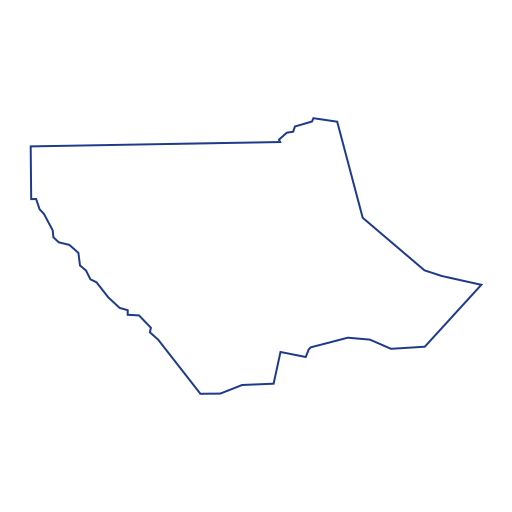 the district of Lycoming, Pennsylvania, United States of America
{"feature_id": "52423323B77713055923502", "entity_name": "Lycoming", "entity_type": "district", "adm_level": 2, "iso_a3": "USA", "parent_name": "United States of America", "parent_adm1": "Pennsylvania", "projection": "orthographic", "projection_center": [-77.127, 41.333], "detail": "fine", "context": "isolated", "style": "outline", "palette": "blue", "viewbox_px": 512, "rotation_deg": 0, "n_neighbors": 0, "source": "geoboundaries", "source_scale": "gbopen_adm2", "svg_char_len": 759}
<svg xmlns="http://www.w3.org/2000/svg" viewBox="0 0 512 512"><path d="M31.0,179.6L31.2,199.1L36.1,199.0L39.6,209.3L44.0,214.0L52.7,230.4L53.4,237.3L58.7,242.3L69.4,244.9L78.4,252.9L80.0,265.5L86.0,270.5L90.4,279.3L96.5,282.3L108.4,297.5L119.6,307.9L127.7,310.2L127.7,314.8L139.0,315.4L150.9,327.8L149.9,332.3L158.1,339.6L200.4,393.8L208.3,393.7L220.2,393.6L242.1,385.0L273.6,383.7L280.5,352.0L305.7,357.0L308.2,350.9L308.3,350.2L308.8,349.3L310.0,348.2L310.3,347.6L311.6,347.1L347.8,337.7L369.8,339.6L391.0,348.8L405.9,347.9L424.8,346.7L481.3,284.8L441.7,276.0L424.4,270.3L362.7,217.8L337.2,121.7L313.4,118.2L312.0,121.5L294.9,126.5L293.2,131.7L286.8,132.7L279.0,139.6L280.1,142.0L30.7,146.4L31.0,179.6Z" fill="none" stroke="#1e3a8a" stroke-width="2"/></svg>